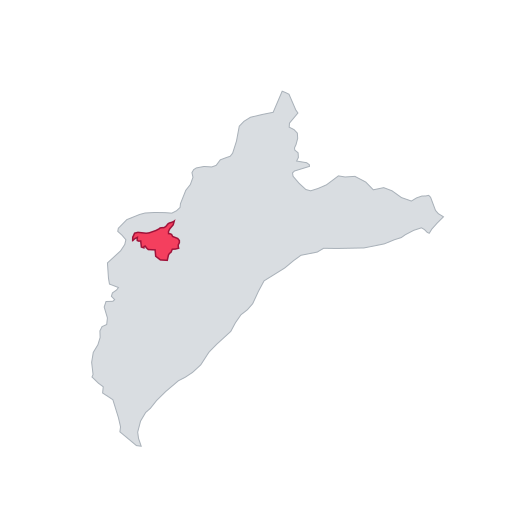 Rezina on a map of Moldova (Mercator projection), rotated 254°
{"feature_id": "MDA-1644", "entity_name": "Rezina", "entity_type": "District", "adm_level": 1, "iso_a3": "MDA", "parent_name": "Moldova", "parent_adm1": "", "projection": "mercator", "projection_center": [28.881, 47.706], "detail": "fine", "context": "in_parent", "style": "filled", "palette": "rose", "viewbox_px": 512, "rotation_deg": 254, "n_neighbors": 0, "source": "natural_earth", "source_scale": "10m", "svg_char_len": 2667}
<svg xmlns="http://www.w3.org/2000/svg" viewBox="0 0 512 512"><g transform="rotate(254 256 256)"><path d="M104.8,93.2L106.7,88.8L124.5,76.7L129.1,78.7L138.4,79.2L157.3,78.8L166.6,70.8L172.4,73.1L177.1,69.5L184.9,65.0L186.0,65.9L187.0,66.7L199.1,68.7L208.2,73.0L214.3,79.6L220.6,83.7L227.0,85.3L230.6,88.6L231.3,93.6L237.4,96.1L248.8,96.0L253.6,99.3L251.9,105.9L253.0,108.1L257.1,105.9L260.1,107.8L261.8,112.7L263.6,115.1L269.4,107.4L275.5,108.1L290.3,111.3L298.3,127.3L303.2,133.0L307.5,135.4L313.0,132.9L317.8,129.9L320.6,131.3L326.6,141.9L328.0,155.6L327.9,161.2L325.8,170.5L322.8,180.4L320.4,186.9L321.4,192.1L323.6,196.4L327.1,197.8L338.5,206.6L342.8,212.6L349.0,217.1L353.8,217.4L356.2,219.9L357.1,222.9L356.4,230.7L353.8,238.0L354.1,242.7L358.3,248.2L358.8,254.6L359.0,258.7L361.3,261.9L371.8,268.9L385.4,275.7L388.8,281.6L390.9,288.9L390.3,301.3L389.4,312.1L407.2,326.6L405.1,329.3L402.4,332.3L385.4,334.5L381.9,335.7L374.5,324.8L370.7,323.4L367.0,327.4L362.7,329.6L357.6,328.5L352.1,325.2L349.3,322.8L347.1,322.5L343.6,324.9L339.0,323.9L336.1,321.2L331.7,330.4L329.1,332.4L327.4,332.1L327.1,316.4L325.8,314.0L322.4,313.6L314.1,317.4L306.2,322.2L303.6,326.5L303.8,334.2L305.0,343.4L310.3,357.3L307.4,363.4L305.3,373.0L296.8,381.9L287.3,387.0L286.5,397.6L281.2,404.7L272.1,411.9L266.0,420.5L267.6,426.4L267.9,432.0L266.9,435.8L266.7,438.7L264.3,440.0L250.4,441.1L246.5,442.9L242.0,447.0L237.7,439.2L233.4,432.4L230.1,428.8L231.5,427.1L235.0,425.2L237.5,422.8L237.2,414.7L235.3,405.4L233.7,400.8L233.5,393.7L232.3,382.6L234.0,362.0L240.9,336.0L244.8,323.1L242.9,316.0L244.3,299.4L241.3,291.1L236.6,280.4L229.9,256.9L221.5,248.7L211.1,239.7L206.7,232.9L203.7,225.4L197.6,217.9L190.5,211.0L182.0,193.9L177.6,186.1L176.3,184.0L166.6,172.9L161.6,162.9L159.0,154.7L157.5,147.1L150.7,132.0L144.5,120.6L138.7,112.5L136.0,106.8L129.1,99.5L119.3,93.7L113.0,92.8L104.8,93.2Z" fill="#d9dde1" stroke="#a8b0b8" stroke-width="1"/><path d="M284.8,183.8L284.9,180.3L285.6,177.4L283.1,175.4L282.3,173.5L281.2,172.2L276.3,169.5L278.6,163.0L283.4,159.5L289.7,160.7L291.9,154.2L293.9,153.0L296.1,152.2L296.0,151.0L294.7,150.5L296.2,148.3L302.2,149.3L302.6,147.4L303.6,146.1L305.2,146.5L306.6,147.1L306.0,144.1L304.8,141.8L304.8,141.7L308.1,142.7L308.1,142.8L311.4,145.6L311.3,149.0L308.1,156.8L307.7,159.7L308.1,166.8L308.8,170.2L309.0,170.8L309.4,171.5L309.2,173.0L308.9,174.5L308.6,175.2L309.2,177.4L311.2,180.3L311.6,181.7L311.6,184.4L311.9,186.5L312.1,187.0L308.8,185.0L305.9,180.6L303.8,178.7L301.6,178.1L301.0,179.6L300.0,180.8L297.8,181.2L294.4,185.6L292.0,186.6L289.9,186.0L288.1,184.3L286.5,183.9L284.8,183.8Z" fill="#f43f5e" stroke="#9f1239" stroke-width="1.5"/></g></svg>